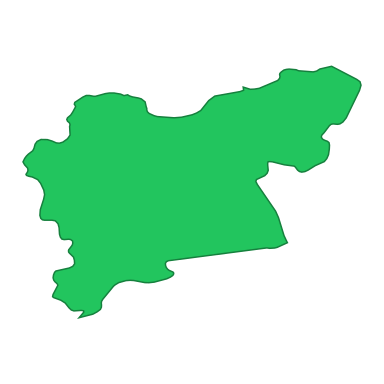 SVG path tracing the border of Västmanland
{"feature_id": "SWE-186", "entity_name": "Västmanland", "entity_type": "County", "adm_level": 1, "iso_a3": "SWE", "parent_name": "Sweden", "parent_adm1": "", "projection": "robinson", "projection_center": [16.24, 59.758], "detail": "fine", "context": "isolated", "style": "filled", "palette": "green", "viewbox_px": 384, "rotation_deg": 0, "n_neighbors": 0, "source": "natural_earth", "source_scale": "10m", "svg_char_len": 2797}
<svg xmlns="http://www.w3.org/2000/svg" viewBox="0 0 384 384"><path d="M287.4,242.7L277.1,247.4L274.6,248.0L269.7,248.3L266.8,247.9L168.4,260.7L166.4,261.7L166.2,261.9L166.2,262.0L165.4,263.4L165.6,265.6L166.3,267.5L167.6,269.2L169.0,270.3L172.9,272.0L173.5,272.6L173.7,273.5L173.4,274.6L172.6,275.6L170.4,277.1L166.7,278.8L154.3,282.1L148.9,282.7L144.9,282.6L133.7,280.5L130.2,280.3L126.0,280.6L118.8,282.6L115.3,284.7L113.5,286.2L103.0,299.0L101.7,301.0L101.3,302.9L101.5,305.0L101.4,307.2L100.4,309.4L97.2,311.8L93.0,314.1L79.1,317.7L83.0,313.1L83.8,312.0L83.6,310.8L81.2,310.4L73.9,310.9L71.3,310.0L69.0,307.8L65.2,303.0L60.8,300.2L53.7,297.6L52.6,296.7L53.1,294.4L57.8,285.4L57.6,284.5L56.9,283.5L54.9,281.7L53.7,280.0L53.1,277.8L53.5,275.0L54.6,272.3L55.9,271.0L69.3,268.0L72.7,266.4L74.6,263.8L74.4,260.3L73.5,257.1L69.4,253.1L68.6,252.0L68.5,250.7L68.6,250.2L68.7,249.8L72.2,245.2L72.8,243.1L72.5,240.9L70.5,239.5L68.7,239.2L64.2,239.6L61.9,239.1L60.4,237.2L59.5,234.2L59.1,227.7L58.0,223.7L55.3,220.8L51.9,220.2L44.5,220.2L42.4,219.8L40.8,218.4L39.9,215.4L40.3,209.7L43.6,199.4L44.6,194.7L43.8,190.1L40.6,183.3L37.7,179.6L32.3,177.0L28.9,176.3L26.5,175.4L26.0,174.3L27.4,172.2L28.0,170.3L27.6,168.1L24.6,164.8L23.0,161.9L24.7,158.4L26.4,156.1L28.4,154.1L32.7,150.8L34.0,148.3L35.1,144.2L37.1,141.4L41.0,139.5L47.3,139.6L52.2,141.1L56.3,142.9L59.4,143.2L62.9,142.1L67.5,138.8L69.2,136.4L70.1,135.0L69.6,126.4L69.9,125.5L70.0,124.5L69.4,122.8L67.5,121.2L66.8,119.5L67.5,117.8L70.7,115.1L72.7,112.1L75.6,106.7L75.1,105.4L74.3,104.2L74.8,102.4L82.8,97.1L86.2,95.5L89.5,95.5L93.8,96.3L95.4,96.3L105.4,93.6L109.5,93.0L114.0,93.0L120.6,94.1L124.0,95.6L127.7,94.8L129.4,95.9L132.4,96.9L138.4,98.0L141.3,98.9L145.1,101.9L146.2,106.8L146.8,108.4L146.8,110.1L147.5,111.9L149.2,113.5L154.1,115.7L157.4,116.6L174.1,117.8L181.7,117.2L192.1,114.8L196.6,113.0L200.8,110.5L208.7,100.6L214.8,96.1L240.0,91.6L243.6,90.3L243.2,87.1L250.3,89.3L254.5,89.1L259.3,88.3L277.7,80.5L279.6,78.3L280.0,76.3L279.6,74.7L279.9,73.4L281.0,72.2L283.8,70.1L286.3,69.4L289.1,69.1L295.9,69.7L296.6,69.9L297.6,70.4L298.9,70.8L313.2,71.9L316.6,71.1L319.9,69.0L331.6,66.3L356.6,79.3L360.0,81.7L361.0,85.2L359.5,90.4L346.2,117.9L342.9,122.0L339.9,123.9L337.6,124.3L333.0,123.9L331.1,124.3L329.4,125.7L324.0,132.8L322.0,134.9L321.6,135.8L321.3,137.1L322.5,139.1L324.7,140.3L327.4,141.3L329.0,142.6L329.5,145.1L329.3,149.1L328.5,154.7L326.8,158.6L324.3,161.6L315.3,165.6L308.1,170.1L304.9,171.6L301.7,172.1L299.4,171.5L297.6,170.1L295.2,166.9L294.1,166.1L284.3,164.8L272.3,161.8L269.6,161.6L268.2,161.7L267.7,162.9L267.7,165.1L268.2,170.4L267.1,173.3L264.7,175.7L256.5,179.5L255.8,181.4L257.4,184.6L275.6,211.2L278.5,217.7L284.0,235.6L285.7,239.2L285.7,239.3L287.4,242.7Z" fill="#22c55e" stroke="#15803d" stroke-width="1.5"/></svg>